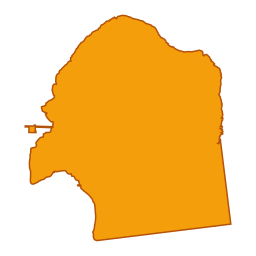 Ollei, Palau
{"feature_id": "81905179B39968712547281", "entity_name": "Ollei", "entity_type": "district", "adm_level": 2, "iso_a3": "PLW", "parent_name": "Palau", "parent_adm1": "", "projection": "albers", "projection_center": [134.619, 7.719], "detail": "fine", "context": "isolated", "style": "filled", "palette": "amber", "viewbox_px": 256, "rotation_deg": 0, "n_neighbors": 0, "source": "geoboundaries", "source_scale": "gbopen_adm2", "svg_char_len": 5636}
<svg xmlns="http://www.w3.org/2000/svg" viewBox="0 0 256 256"><path d="M230.8,224.1L220.6,142.0L218.8,143.1L218.5,143.7L217.8,143.4L218.4,143.1L219.1,141.7L219.6,141.5L219.8,140.7L220.2,140.6L220.5,140.2L220.3,139.7L219.5,140.0L219.6,139.5L219.4,139.5L219.3,138.8L219.8,138.3L219.6,137.8L219.4,137.0L219.7,136.3L220.0,136.3L220.4,135.8L220.5,134.9L221.1,134.6L221.5,134.1L222.1,133.9L222.6,134.1L222.8,133.8L222.6,133.4L222.3,133.2L222.1,132.8L221.7,132.7L222.0,132.6L222.2,132.1L222.5,132.2L222.8,131.9L222.8,131.4L222.2,131.1L222.3,130.7L222.5,129.9L222.2,129.4L221.3,129.5L221.4,129.2L221.3,128.8L220.7,128.7L221.6,128.3L222.0,127.8L222.2,127.2L222.4,126.8L222.0,126.3L221.5,125.9L220.5,126.4L220.9,125.5L221.3,124.7L221.4,123.9L221.4,123.2L221.6,122.2L221.7,121.1L222.5,120.4L222.4,119.8L222.7,119.2L222.9,118.1L222.5,117.6L221.6,117.9L222.5,116.0L222.8,114.3L222.4,113.6L222.4,112.1L222.0,110.7L221.5,109.3L221.4,108.5L221.7,107.0L222.1,105.1L221.5,104.0L222.0,103.7L221.3,101.5L221.2,100.1L220.5,98.4L220.2,96.9L219.8,96.5L219.6,95.5L218.7,94.6L219.7,93.1L219.6,92.2L220.1,91.6L220.1,90.1L220.2,88.0L220.5,86.1L221.0,84.1L220.8,82.4L220.5,81.6L220.8,80.3L221.1,78.3L221.5,77.9L221.5,76.7L221.2,76.2L220.6,75.6L221.3,74.6L220.8,72.7L220.3,72.5L220.5,71.9L220.0,69.6L219.2,68.3L218.2,67.7L217.8,67.6L216.8,66.6L215.8,66.3L215.1,66.1L214.6,65.4L213.7,64.9L214.6,64.0L213.1,62.4L212.1,61.4L211.3,61.3L211.3,60.0L210.3,59.0L209.4,57.1L208.0,55.7L206.7,54.5L205.2,54.7L204.7,54.9L204.4,55.6L203.2,55.5L202.9,54.7L203.0,53.5L202.5,51.7L201.8,51.1L200.3,50.5L199.1,50.2L197.4,50.7L195.7,51.0L193.9,51.4L192.5,51.6L191.3,51.8L189.7,51.6L188.4,51.6L186.7,51.7L185.3,51.9L183.9,52.0L182.2,51.3L179.6,50.8L177.5,49.9L175.8,49.1L174.9,48.5L174.2,48.1L173.7,47.1L173.2,46.9L172.6,47.0L172.1,46.6L171.5,47.0L170.9,46.6L170.3,46.1L169.5,46.0L169.2,45.7L168.2,44.7L168.4,44.2L167.9,44.1L167.8,43.3L167.4,43.0L166.2,42.5L165.7,40.7L165.0,39.8L163.9,38.9L162.1,37.9L160.5,37.2L160.3,36.7L159.8,35.8L159.5,35.3L159.0,34.7L158.6,34.6L158.4,33.9L157.9,32.7L157.0,30.9L156.1,29.3L155.7,28.6L155.0,27.7L154.3,27.1L153.4,26.6L152.7,26.4L151.8,26.0L151.3,25.3L150.7,24.9L148.3,24.1L147.4,23.9L146.9,23.7L146.2,23.6L145.6,23.2L144.9,22.6L144.1,22.1L143.3,21.4L142.6,20.9L141.9,21.0L139.9,20.4L138.1,19.7L135.8,19.2L134.3,18.9L133.6,18.6L132.8,18.6L131.3,17.7L129.3,16.8L128.7,16.9L128.4,16.7L127.6,16.4L126.8,16.0L125.5,15.7L123.7,15.5L122.0,15.4L120.0,15.9L119.6,16.3L118.8,16.2L117.8,16.5L117.3,17.1L116.9,17.7L116.5,18.5L116.2,18.7L114.8,17.3L114.5,17.7L113.9,17.4L112.7,18.3L112.3,18.7L111.2,19.0L110.6,19.9L109.7,20.0L109.4,20.8L108.8,20.6L107.9,21.2L106.7,21.1L104.7,23.1L103.9,23.7L103.1,24.4L101.5,24.9L100.6,26.1L100.0,27.6L99.1,28.1L98.5,28.4L98.2,29.4L97.5,30.1L96.3,30.3L95.7,30.6L94.2,31.5L93.2,31.7L92.3,32.5L91.4,33.6L91.0,34.5L90.4,35.1L89.6,35.2L89.2,36.0L88.3,36.1L87.4,36.3L86.5,37.0L85.8,37.8L85.4,38.6L84.8,39.4L84.1,40.7L82.6,41.9L80.7,43.0L79.8,44.5L79.0,45.4L78.3,46.2L77.8,47.2L78.0,47.6L76.2,49.0L76.1,49.7L75.0,51.5L74.7,52.6L74.0,53.3L71.8,55.9L72.0,56.6L71.3,57.1L70.6,57.8L70.6,58.8L70.6,59.9L70.9,61.1L69.8,60.9L68.1,62.1L67.0,64.0L65.2,65.2L63.6,66.9L61.9,68.6L60.8,69.8L60.1,70.2L59.4,70.9L59.2,71.6L59.2,72.9L57.4,74.1L56.3,75.8L56.2,76.9L55.8,78.2L55.9,79.3L55.7,81.0L55.8,81.7L56.1,82.9L56.3,84.3L54.4,84.1L53.7,84.5L52.9,85.5L52.6,87.0L52.5,88.2L52.1,90.1L52.5,91.3L52.7,92.5L53.3,93.9L53.3,94.7L54.4,95.7L54.3,97.5L52.8,98.9L51.7,99.6L50.5,100.1L49.2,100.7L48.0,101.5L47.3,102.5L46.2,102.9L45.9,103.5L45.9,104.9L45.1,105.5L44.1,106.1L42.5,106.4L41.6,106.7L41.4,107.1L41.7,108.5L42.0,109.2L42.3,110.1L42.2,110.9L44.1,112.0L45.6,112.6L46.3,112.7L46.9,113.4L45.4,114.1L46.9,117.3L49.2,120.1L51.2,121.9L53.1,121.9L53.1,123.2L52.8,124.8L53.0,126.7L35.7,126.2L35.3,125.1L34.3,125.1L33.9,126.1L25.3,125.9L25.2,126.9L29.0,127.0L28.9,132.5L36.0,132.6L35.8,131.0L35.1,131.1L35.4,127.1L52.0,127.7L51.5,128.2L51.1,129.4L50.8,131.0L50.4,132.0L49.3,132.3L48.1,132.5L47.2,132.5L45.9,132.4L45.5,133.0L44.7,133.6L43.6,133.8L43.4,134.8L43.4,136.1L43.3,137.0L41.8,137.1L40.0,137.8L37.4,140.7L36.5,141.9L35.9,143.1L36.2,144.4L36.6,145.1L36.2,146.1L35.8,146.8L35.4,147.0L34.0,147.7L32.9,147.7L31.5,148.1L30.9,148.5L30.8,149.8L30.7,151.2L30.7,152.7L30.1,154.6L30.1,156.3L30.1,157.9L29.6,160.7L29.4,162.3L29.4,164.2L29.5,166.3L29.6,168.1L30.1,169.7L30.6,170.9L30.6,174.0L30.6,175.3L30.5,177.6L30.4,179.1L30.4,181.1L30.6,182.5L31.3,183.4L32.1,184.1L33.8,184.0L34.9,183.4L37.4,182.4L39.0,181.1L40.6,180.5L41.7,179.8L43.7,179.4L45.1,178.2L46.6,177.1L48.0,176.9L50.2,176.4L51.8,174.6L52.7,173.3L53.0,172.4L53.5,172.0L53.8,172.4L54.3,172.5L54.6,172.2L54.7,171.4L55.5,171.3L56.6,171.7L58.2,171.5L60.4,171.0L62.9,170.8L64.9,170.7L65.6,170.7L65.8,171.0L66.4,171.7L66.8,172.5L67.5,173.3L68.3,173.8L69.1,174.0L70.4,174.0L71.1,173.8L71.3,174.7L71.7,176.1L72.5,176.2L73.5,176.2L74.0,176.5L74.7,177.8L75.2,178.8L76.0,179.8L77.2,180.4L78.6,180.6L78.8,181.4L79.0,182.7L79.3,183.7L79.7,184.8L80.1,185.0L79.6,185.1L79.3,185.1L79.1,185.3L78.8,185.1L78.6,184.9L78.2,184.9L77.6,185.1L77.7,185.6L78.2,185.8L79.1,186.0L80.5,186.0L80.9,187.0L80.9,188.2L81.9,189.2L83.4,190.4L84.1,191.3L84.8,191.6L85.9,192.6L87.5,193.8L89.7,195.9L91.1,197.7L92.3,199.3L93.0,201.2L93.2,202.0L94.1,202.7L94.4,203.6L94.8,205.2L94.9,206.9L95.3,210.5L95.4,213.3L95.7,215.7L95.7,217.1L95.6,219.1L95.4,221.0L95.1,223.0L94.7,225.0L94.4,227.4L94.1,228.9L93.6,230.7L92.9,231.7L92.9,232.4L93.1,233.3L93.4,233.9L93.5,234.3L93.5,235.1L93.2,235.8L93.4,236.9L93.7,238.0L94.1,239.0L95.1,240.0L95.8,240.1L96.6,240.5L96.8,240.6L230.8,224.1Z" fill="#f59e0b" stroke="#b45309" stroke-width="1.5"/></svg>